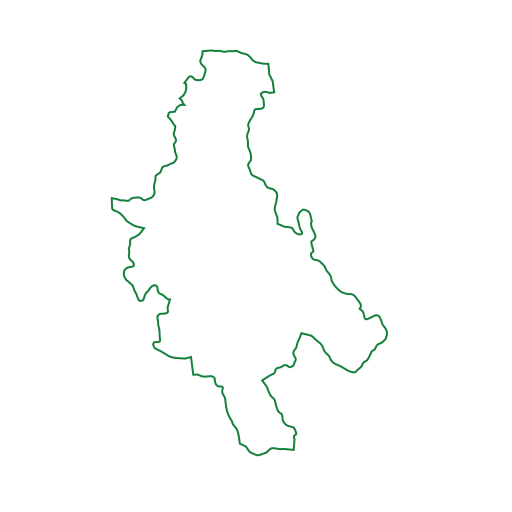 outline of Nišavski, rotated 32°
{"feature_id": "SRB-830", "entity_name": "Nišavski", "entity_type": "District", "adm_level": 1, "iso_a3": "SRB", "parent_name": "Republic of Serbia", "parent_adm1": "", "projection": "equal_earth", "projection_center": [21.87, 43.429], "detail": "fine", "context": "isolated", "style": "outline", "palette": "green", "viewbox_px": 512, "rotation_deg": 32, "n_neighbors": 0, "source": "natural_earth", "source_scale": "10m", "svg_char_len": 6148}
<svg xmlns="http://www.w3.org/2000/svg" viewBox="0 0 512 512"><g transform="rotate(32 256 256)"><path d="M111.3,292.6L110.2,292.6L109.2,292.2L108.5,291.5L103.0,283.4L107.3,281.7L111.9,280.5L115.3,278.4L117.7,277.5L118.8,276.4L119.7,273.7L120.7,272.0L124.4,269.2L126.1,268.2L127.6,267.9L130.6,268.2L132.0,267.7L132.8,267.0L136.5,261.7L137.0,259.7L136.9,257.7L136.7,256.7L136.0,255.3L134.0,253.0L132.2,250.2L131.6,248.9L130.5,245.0L128.9,242.3L128.5,241.4L128.5,240.6L130.5,236.1L130.5,235.2L129.6,230.8L129.7,230.0L130.6,228.5L132.9,226.2L134.2,223.9L136.5,220.8L137.1,219.1L137.1,216.0L136.8,215.1L136.1,213.7L132.4,210.7L130.3,208.2L127.8,205.9L127.3,205.0L127.1,204.1L127.3,201.9L127.0,200.4L125.8,199.2L122.6,197.2L121.5,196.1L121.2,195.3L120.1,191.3L118.7,188.6L116.4,188.0L112.4,186.0L107.2,184.4L106.3,181.0L106.5,180.2L107.0,179.5L110.7,176.6L110.3,171.9L111.0,169.5L112.0,167.9L113.3,166.8L115.1,165.8L113.1,165.1L110.5,163.3L107.8,162.9L109.4,158.0L109.2,154.0L107.8,150.5L105.6,147.2L103.5,147.2L104.2,139.9L104.7,138.7L105.9,138.0L107.5,137.9L110.1,138.7L111.1,138.7L113.8,137.6L116.2,135.7L116.9,134.5L117.0,133.7L116.2,129.4L115.2,126.1L114.4,124.4L112.7,123.3L108.5,122.4L106.4,121.3L105.8,120.8L105.1,119.4L104.1,114.4L103.6,113.2L102.2,110.7L108.7,105.7L113.0,103.6L117.0,101.0L119.9,100.1L121.3,99.4L124.5,96.6L127.8,94.7L130.4,92.5L131.1,92.3L136.2,91.6L140.0,90.3L142.2,89.9L145.4,90.3L149.3,91.8L152.6,91.8L153.6,91.6L160.1,89.1L164.7,86.5L171.0,95.0L176.4,98.2L177.8,99.3L180.9,103.1L184.7,107.5L181.3,110.4L177.4,111.6L175.8,112.6L174.9,113.7L174.2,115.6L174.7,116.7L175.2,117.2L178.4,118.6L179.4,119.3L183.0,124.1L183.5,125.4L183.5,126.4L182.9,127.7L181.8,128.8L178.4,131.2L177.8,131.8L177.5,132.4L177.4,133.0L178.5,136.5L179.0,139.1L179.2,146.4L179.7,148.6L180.3,149.6L182.7,151.9L183.1,152.6L183.6,154.3L184.1,157.3L185.0,159.3L188.4,163.1L190.9,167.0L191.7,167.8L196.6,171.4L198.0,172.9L199.8,175.3L200.7,176.9L200.9,177.9L200.7,182.0L201.2,183.3L202.3,184.3L205.4,186.4L208.0,188.7L209.5,189.3L211.6,189.4L215.5,188.8L222.2,188.2L223.6,188.6L226.0,190.4L228.7,191.7L230.4,191.7L234.4,190.5L236.1,190.3L238.5,190.9L240.0,191.5L241.6,193.0L242.8,195.2L244.9,200.6L245.7,203.5L247.1,206.5L248.4,207.9L253.9,212.2L257.2,217.3L264.6,216.1L269.6,213.7L271.2,213.2L272.8,213.5L275.4,215.0L278.0,215.4L280.2,215.2L281.5,214.6L282.6,213.7L283.1,212.9L283.1,212.4L282.5,211.4L279.4,209.8L277.8,208.6L275.1,205.7L271.5,202.4L271.0,201.8L270.4,200.6L270.2,198.5L269.8,196.7L269.8,195.8L271.2,191.9L271.9,191.3L273.3,190.9L276.1,190.5L277.3,190.5L278.4,190.9L279.7,191.8L285.1,197.2L285.0,198.2L285.4,199.2L287.1,201.3L288.8,202.8L292.1,204.7L295.6,207.4L296.2,208.1L296.5,209.4L296.5,211.5L295.4,213.7L295.3,214.5L296.1,215.7L301.9,221.2L302.2,221.9L301.4,224.0L301.7,225.3L302.3,226.4L304.1,227.8L305.6,228.3L307.2,228.3L310.6,227.0L312.7,226.7L318.3,227.9L320.4,228.9L323.7,231.1L327.6,232.3L328.9,232.9L330.3,233.8L333.3,236.9L336.5,238.7L340.7,240.2L345.3,241.2L348.5,241.2L352.8,240.1L357.4,237.7L359.2,237.4L361.3,237.7L368.0,240.3L370.3,241.5L371.4,242.7L371.8,243.6L371.9,245.9L373.6,245.9L376.0,246.6L377.1,247.2L380.9,250.9L381.8,251.4L383.1,251.2L383.9,250.5L388.6,243.2L389.8,242.2L390.5,242.0L392.1,241.8L393.1,242.2L395.9,244.0L399.6,247.0L404.8,249.1L406.6,250.4L407.6,251.5L408.8,253.6L409.6,256.2L409.8,257.8L409.6,259.4L408.5,262.9L406.4,266.0L405.9,267.5L405.8,268.5L406.2,272.4L404.6,275.7L404.7,276.5L404.9,276.8L405.5,282.3L405.5,285.5L403.7,288.9L403.6,290.7L403.9,293.0L403.9,294.0L403.8,294.9L402.5,298.5L401.9,301.4L401.5,302.1L400.3,303.1L396.0,304.4L394.6,304.5L386.2,304.7L380.9,305.5L377.6,305.5L374.4,304.4L370.7,302.0L366.0,301.0L364.4,300.4L359.3,296.8L356.6,296.0L353.2,295.7L346.7,294.4L345.0,294.3L335.4,297.4L336.4,301.9L337.0,307.2L338.6,312.0L338.7,313.0L338.4,316.2L338.7,318.0L340.0,319.6L343.9,321.8L344.5,322.5L344.9,323.7L345.0,325.8L345.8,328.5L344.9,331.0L343.8,332.3L342.5,332.6L340.3,332.5L339.3,332.7L338.2,333.3L337.2,334.6L336.2,336.9L333.3,340.0L332.9,340.8L332.8,341.6L333.6,344.9L333.5,345.8L333.2,346.7L331.4,349.4L327.2,358.2L334.7,361.3L338.5,364.3L341.7,366.3L343.7,367.0L346.9,367.7L348.3,368.3L351.9,371.9L356.1,375.4L357.9,376.2L360.9,376.4L362.1,376.8L362.8,377.3L365.5,380.9L367.8,382.4L370.6,383.2L373.3,383.1L378.4,381.5L379.5,381.7L381.4,382.8L384.0,384.9L384.3,385.6L384.4,386.3L383.6,388.2L383.7,388.5L384.0,389.2L385.9,391.3L390.7,400.4L381.5,405.1L378.7,407.1L373.7,409.2L371.6,410.4L371.0,411.0L370.2,412.4L369.2,416.0L369.3,416.8L364.3,423.1L363.4,423.9L361.9,424.6L356.0,425.5L354.0,425.4L348.8,423.1L347.7,423.0L341.8,423.7L335.8,416.7L332.0,413.4L330.2,412.5L325.7,411.0L322.7,408.6L318.8,406.7L314.8,403.9L310.7,399.9L305.3,393.2L303.7,392.0L301.2,390.8L299.5,389.3L298.7,388.1L297.9,385.6L297.4,385.0L296.4,384.8L293.1,386.5L291.4,386.6L289.7,385.8L288.3,384.8L286.2,382.2L285.5,381.6L284.8,381.3L283.1,381.2L281.6,381.7L276.0,385.8L273.6,386.8L269.5,387.4L265.7,389.9L254.4,376.1L250.2,380.6L242.4,384.8L237.6,386.7L235.2,387.1L225.7,387.2L219.5,387.8L217.7,387.2L215.9,385.8L215.4,384.9L215.3,384.0L215.4,383.2L215.9,382.5L218.5,380.9L219.5,379.8L219.6,379.2L219.3,378.2L217.0,375.3L213.4,370.1L209.4,366.0L207.1,362.7L205.2,360.8L204.4,359.1L204.5,357.3L205.3,356.0L210.0,352.4L210.8,351.1L210.9,350.3L210.6,349.5L208.8,347.2L208.2,346.1L206.1,338.4L205.2,339.0L203.4,339.4L197.3,338.4L194.2,338.9L193.3,338.8L191.3,337.8L189.1,335.0L188.3,334.4L187.2,334.1L186.0,334.2L185.1,334.8L184.1,336.2L183.4,338.0L183.3,339.2L183.0,342.9L182.5,345.4L182.4,347.4L183.6,352.3L183.5,353.6L182.8,354.6L181.4,355.5L179.9,355.5L178.3,354.5L174.6,351.6L171.2,349.7L167.5,346.7L165.3,346.0L158.5,345.0L156.4,344.0L154.1,342.3L152.7,340.0L152.2,338.7L152.0,337.7L152.3,335.7L153.5,333.6L154.2,332.8L156.3,331.0L157.2,330.0L157.4,328.8L157.0,328.0L156.4,327.3L155.2,326.5L151.0,325.6L149.5,324.9L148.9,324.4L147.7,322.6L146.2,319.4L144.2,317.0L143.0,312.5L141.3,310.1L140.8,308.8L141.0,307.2L143.6,303.5L145.7,298.9L146.3,291.8L138.1,294.6L134.2,295.0L127.8,294.8L122.8,292.9L118.2,291.9L114.8,291.9L111.3,292.6Z" fill="none" stroke="#15803d" stroke-width="2"/></g></svg>